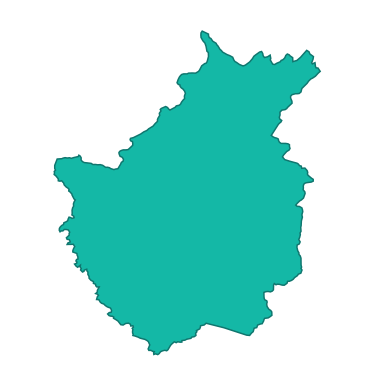 outline of Castro, Paraná, Brazil, rotated 86°
{"feature_id": "56859067B62278362506794", "entity_name": "Castro", "entity_type": "district", "adm_level": 2, "iso_a3": "BRA", "parent_name": "Brazil", "parent_adm1": "Paraná", "projection": "natural_earth1", "projection_center": [-49.875, -24.807], "detail": "fine", "context": "isolated", "style": "filled", "palette": "teal", "viewbox_px": 384, "rotation_deg": 86, "n_neighbors": 0, "source": "geoboundaries", "source_scale": "gbopen_adm2", "svg_char_len": 5939}
<svg xmlns="http://www.w3.org/2000/svg" viewBox="0 0 384 384"><g transform="rotate(86 192 192)"><path d="M307.8,284.7L309.5,283.4L310.1,282.0L310.4,280.2L311.3,278.8L312.5,279.1L314.1,276.7L315.6,274.8L319.4,272.3L319.9,270.0L318.5,267.3L318.4,264.5L319.6,262.7L321.4,262.4L321.3,260.3L322.8,259.9L323.8,261.2L325.1,260.5L326.5,261.0L328.5,261.1L329.7,260.6L331.0,261.0L331.7,258.9L333.0,255.9L334.2,253.9L335.8,249.1L337.3,246.9L338.2,246.0L341.6,244.8L345.5,246.7L347.0,246.1L347.1,244.1L348.3,242.1L348.6,240.8L349.8,241.5L351.4,241.4L350.9,239.6L351.8,237.5L350.9,236.0L349.2,234.6L348.4,232.5L348.0,230.2L348.6,228.3L347.7,227.0L343.6,224.2L342.5,223.1L340.2,220.1L341.2,218.3L340.4,216.7L341.0,214.3L341.0,212.6L339.5,212.4L339.3,209.4L338.5,207.5L337.9,203.3L336.7,202.2L336.5,199.9L335.4,198.1L333.1,198.2L331.8,196.9L330.6,197.3L329.1,193.9L327.5,193.1L326.0,192.8L325.5,189.1L323.9,187.1L329.6,169.7L338.6,147.5L339.1,144.5L336.9,142.5L335.6,140.7L332.2,139.5L331.8,136.9L329.3,135.8L328.4,132.7L328.3,131.2L325.6,129.5L324.2,129.1L323.1,128.3L322.9,124.8L321.9,122.9L320.6,120.9L317.2,120.8L315.7,121.7L314.2,123.6L311.4,125.1L308.9,125.3L307.0,124.7L305.6,125.1L305.0,126.5L303.5,127.4L301.4,127.5L297.2,127.3L296.6,125.4L296.5,123.2L297.1,120.7L296.5,118.9L295.3,117.6L290.4,117.1L289.1,116.3L290.4,114.7L289.9,113.3L290.2,111.2L291.2,108.5L291.4,106.4L289.7,103.6L287.8,102.9L287.8,101.0L287.1,98.8L286.1,97.1L284.5,95.6L282.8,92.7L281.4,91.7L280.6,89.1L277.5,87.7L275.8,88.6L274.6,87.9L272.6,88.3L265.6,87.9L263.3,88.5L261.7,89.7L260.1,89.6L258.1,90.6L254.5,91.2L252.2,90.8L251.3,88.6L249.3,87.6L246.8,88.8L244.9,87.8L242.1,86.9L240.5,87.1L238.8,86.0L234.8,86.0L233.3,85.5L228.5,84.9L224.7,83.6L223.4,83.9L221.7,83.8L219.5,82.9L217.6,83.0L215.5,83.5L213.9,85.9L213.6,88.2L212.3,89.4L210.6,87.8L208.4,85.2L207.6,83.5L205.8,81.2L201.4,79.3L199.8,79.4L197.4,81.0L195.8,80.6L194.0,80.6L192.1,80.0L191.0,78.5L190.7,77.0L190.4,72.3L189.6,70.3L187.8,70.2L186.6,71.8L183.4,75.1L182.1,75.6L180.5,75.2L178.6,75.7L176.0,77.7L176.0,80.9L173.8,81.2L173.2,82.9L171.5,84.0L170.6,85.2L168.2,92.1L166.2,97.2L163.3,99.3L161.3,97.9L158.2,94.7L157.0,92.3L155.5,91.2L153.4,91.6L151.6,91.5L150.6,92.9L150.1,95.1L149.7,99.9L148.3,101.4L146.6,102.1L145.2,102.2L144.2,103.7L143.6,105.6L142.7,107.2L141.1,109.0L130.5,101.1L129.5,100.0L128.4,98.4L126.9,97.5L125.4,99.3L123.6,99.7L121.3,98.8L118.5,98.7L116.6,96.6L116.3,93.3L115.4,91.7L114.3,90.8L110.4,86.0L108.4,86.0L105.1,87.1L103.2,86.9L101.9,85.4L101.2,82.1L101.3,80.1L101.2,78.2L99.8,76.3L96.4,75.2L91.7,69.7L89.4,67.8L87.6,65.7L86.7,63.6L85.1,60.8L82.4,58.0L80.6,55.7L77.1,57.7L76.8,59.6L75.2,60.1L71.6,60.3L72.6,63.0L71.4,63.6L68.0,62.0L65.4,61.4L62.5,64.8L60.3,65.5L58.7,67.7L65.2,74.3L68.1,78.2L69.0,82.3L65.0,82.2L63.0,84.7L61.9,85.5L61.0,87.3L62.3,88.9L64.5,90.0L65.6,91.1L66.5,92.3L66.9,93.8L68.3,95.0L69.6,98.8L70.6,100.5L70.1,102.6L65.7,104.7L64.2,104.1L60.9,104.5L62.4,107.2L62.9,110.3L61.1,111.5L58.7,111.8L56.7,112.8L57.1,114.8L59.5,118.7L60.9,120.8L63.2,122.4L66.3,125.4L69.2,130.0L69.8,132.3L68.1,135.8L65.7,138.7L65.0,139.9L63.6,140.9L60.4,142.0L58.6,144.8L57.4,147.4L54.5,151.8L52.9,152.8L51.7,154.1L48.0,156.0L46.8,157.0L45.3,157.6L43.0,160.8L40.2,162.4L39.2,164.0L37.3,164.6L35.6,164.6L32.2,170.6L33.9,171.9L36.1,172.2L38.5,172.2L41.9,170.6L44.4,168.7L47.8,167.8L52.6,167.3L54.0,166.0L58.0,166.1L63.0,167.8L64.5,168.9L64.8,170.4L66.8,173.5L70.8,175.9L72.2,177.1L73.7,180.2L73.3,183.4L73.2,187.2L73.8,188.6L73.6,192.1L74.0,194.0L75.0,195.3L76.5,196.6L78.9,198.0L82.0,199.3L83.7,198.2L84.5,196.5L85.8,196.5L87.4,195.4L88.6,193.9L90.8,192.4L93.1,191.7L95.8,192.9L98.4,192.9L99.4,194.2L101.9,196.4L103.3,197.1L104.5,198.5L105.0,201.7L106.2,202.7L108.7,208.3L107.6,209.5L106.0,210.5L104.9,212.3L106.5,216.8L107.4,217.9L109.0,217.3L111.2,219.1L113.4,218.9L115.7,220.6L117.3,221.4L119.1,221.5L121.2,224.0L123.6,226.3L125.8,230.6L127.5,232.8L128.6,235.8L130.6,239.2L133.7,246.8L134.2,249.6L135.5,250.1L136.7,249.6L137.5,247.9L139.6,247.7L141.3,247.9L145.2,252.7L145.4,254.9L145.2,257.8L145.7,259.8L146.5,261.4L147.8,262.2L149.5,261.9L151.5,261.2L152.0,259.8L153.0,258.9L154.5,258.1L156.5,258.6L157.5,260.4L159.3,261.3L163.6,264.3L163.8,266.8L164.2,268.3L163.0,271.4L162.0,272.7L161.4,274.6L161.4,276.4L159.1,279.3L158.3,281.7L158.3,284.2L157.8,286.3L157.7,288.9L156.4,290.6L155.1,297.5L154.0,299.2L152.3,300.4L150.1,300.2L148.4,301.0L147.4,302.3L148.7,303.0L149.4,307.5L150.0,310.1L149.3,311.7L149.4,314.2L148.9,316.1L149.2,318.2L149.7,319.6L149.7,324.2L155.9,327.1L158.9,327.3L160.7,326.7L161.9,328.0L163.3,327.8L164.9,328.3L166.4,326.7L169.5,324.5L171.5,324.6L172.0,323.0L171.7,321.3L174.1,319.4L176.0,319.0L178.4,317.0L179.3,315.7L180.7,314.5L182.4,314.9L183.3,313.8L185.6,312.0L186.9,311.8L190.8,310.1L191.8,309.0L193.3,310.1L195.5,311.1L197.9,311.1L199.5,312.2L201.8,312.9L205.1,313.0L206.5,313.4L207.9,311.7L209.4,311.4L210.0,313.6L209.1,314.7L208.5,316.4L210.2,317.4L212.0,318.0L213.0,319.8L213.7,321.9L215.5,322.5L216.2,324.1L217.5,325.7L219.0,326.8L220.9,327.1L222.5,326.4L221.7,325.2L221.8,323.5L220.5,322.1L220.6,320.2L221.2,318.1L223.5,316.8L224.9,317.5L226.5,317.5L228.9,320.5L230.5,319.9L231.0,317.7L233.3,316.9L234.2,319.4L235.6,320.2L235.9,314.0L238.3,312.8L240.0,314.0L242.0,314.9L243.5,315.1L245.3,311.1L247.0,311.0L248.6,310.4L250.9,310.4L251.3,311.9L252.7,312.6L253.8,311.7L255.0,312.0L255.7,314.2L258.0,312.7L259.1,311.3L257.2,308.4L259.2,308.8L260.6,307.8L262.0,308.6L264.2,306.8L263.6,305.3L262.4,304.9L261.7,302.4L263.4,302.3L264.6,301.4L267.0,301.6L269.1,300.6L270.8,300.7L273.1,298.9L274.5,296.5L276.3,296.7L277.2,294.7L278.9,294.5L280.1,293.5L280.2,291.2L283.4,293.2L285.4,293.6L286.6,295.2L287.3,293.5L288.5,292.5L289.8,293.7L292.6,294.7L292.9,292.5L295.6,291.1L296.7,289.9L297.6,287.8L299.2,286.4L300.4,284.9L301.1,283.7L302.0,281.5L303.5,280.8L304.9,280.5L306.4,281.1L306.5,283.0L307.8,284.7Z" fill="#14b8a6" stroke="#0f766e" stroke-width="1.5"/></g></svg>